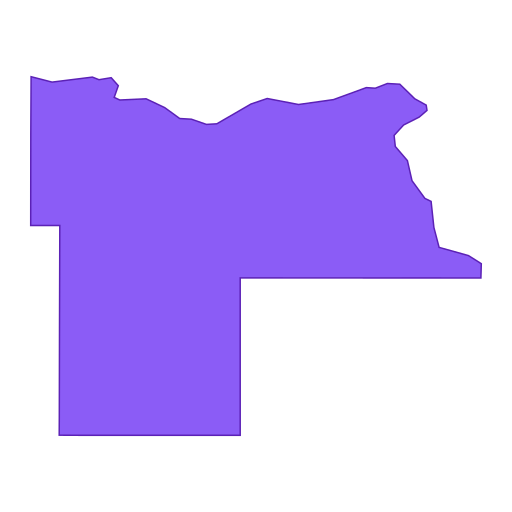 Mercer, North Dakota, United States of America (Natural Earth projection)
{"feature_id": "52423323B83406409622886", "entity_name": "Mercer", "entity_type": "district", "adm_level": 2, "iso_a3": "USA", "parent_name": "United States of America", "parent_adm1": "North Dakota", "projection": "natural_earth1", "projection_center": [-101.73, 47.278], "detail": "fine", "context": "isolated", "style": "filled", "palette": "violet", "viewbox_px": 512, "rotation_deg": 0, "n_neighbors": 0, "source": "geoboundaries", "source_scale": "gbopen_adm2", "svg_char_len": 681}
<svg xmlns="http://www.w3.org/2000/svg" viewBox="0 0 512 512"><path d="M82.1,435.3L240.2,435.3L240.2,277.9L480.9,278.0L481.3,263.7L468.5,255.6L439.1,247.4L433.9,227.5L431.1,201.4L424.9,198.4L412.0,180.7L407.4,160.6L395.3,146.5L394.1,135.4L403.6,125.0L419.2,117.1L427.0,110.4L426.2,105.1L414.8,98.8L399.8,84.2L387.4,83.5L375.3,88.2L366.3,87.6L333.5,99.6L298.5,104.5L267.2,98.5L251.0,104.0L216.8,123.8L206.4,124.4L191.4,119.2L179.7,118.5L164.7,107.6L146.1,98.8L119.8,100.0L114.2,97.4L118.3,85.7L111.2,77.7L99.0,79.7L92.4,77.1L52.1,82.1L31.1,76.7L30.8,133.8L30.7,225.5L59.8,225.5L59.5,329.6L59.3,417.7L59.2,435.2L82.1,435.3Z" fill="#8b5cf6" stroke="#5b21b6" stroke-width="1.5"/></svg>